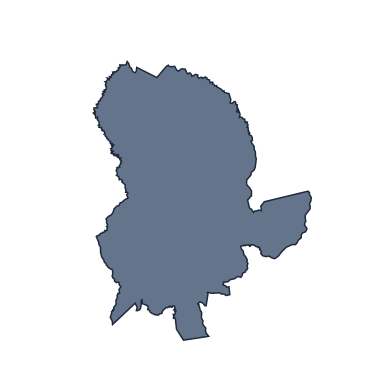 Cáceres, Mato Grosso, Brazil, rotated 164°
{"feature_id": "56859067B84313432178325", "entity_name": "Cáceres", "entity_type": "district", "adm_level": 2, "iso_a3": "BRA", "parent_name": "Brazil", "parent_adm1": "Mato Grosso", "projection": "mercator", "projection_center": [-57.734, -16.54], "detail": "fine", "context": "isolated", "style": "filled", "palette": "slate", "viewbox_px": 384, "rotation_deg": 164, "n_neighbors": 0, "source": "geoboundaries", "source_scale": "gbopen_adm2", "svg_char_len": 6058}
<svg xmlns="http://www.w3.org/2000/svg" viewBox="0 0 384 384"><g transform="rotate(164 192 192)"><path d="M218.4,335.3L220.3,332.6L222.8,332.7L223.7,333.5L224.7,333.1L226.2,334.2L226.6,333.6L226.4,332.1L228.1,331.7L227.5,330.4L228.7,331.3L229.3,329.5L230.7,329.4L231.2,328.5L233.6,328.9L233.2,328.4L234.7,327.8L235.3,328.5L235.4,326.9L237.1,326.9L237.9,324.8L239.4,325.6L239.2,324.6L240.3,323.6L241.0,323.6L241.3,324.7L242.0,325.0L240.9,322.9L242.3,323.3L244.2,321.8L245.2,321.9L244.4,320.5L245.8,318.8L245.3,318.2L245.8,317.2L245.4,315.8L246.1,314.6L248.4,314.2L248.5,313.6L247.6,313.0L248.2,312.1L248.8,311.9L248.6,312.7L249.7,313.0L249.4,312.0L251.3,310.9L250.4,309.7L251.1,309.7L252.1,307.8L254.4,306.7L254.8,305.2L255.7,305.4L257.3,304.4L257.6,302.3L259.7,302.8L260.0,302.0L259.5,301.0L259.5,299.1L263.1,299.8L263.6,297.9L262.7,296.1L265.0,295.3L265.0,294.9L263.2,294.4L263.3,293.9L264.4,293.9L263.8,292.8L264.1,289.7L262.1,290.0L262.0,289.5L263.1,288.1L262.0,284.8L262.5,282.9L263.7,281.8L262.6,281.2L263.6,279.9L261.2,278.8L261.7,277.7L261.2,277.0L261.7,276.4L260.9,275.3L260.0,275.4L259.5,272.4L260.6,271.6L259.8,271.0L259.8,269.4L258.9,268.4L259.2,267.0L258.2,266.3L258.2,265.1L256.3,262.6L257.2,261.7L256.5,260.5L256.5,259.1L255.0,261.0L255.4,258.6L254.5,258.6L256.5,256.5L258.1,256.1L257.6,255.6L258.3,254.3L256.8,253.6L256.5,252.8L258.7,252.6L259.0,251.4L258.6,251.1L258.7,251.9L257.8,252.1L257.5,250.3L256.0,249.9L257.0,248.9L256.7,248.4L255.7,248.7L255.0,247.4L254.5,247.3L253.7,248.7L252.6,248.2L252.4,247.9L253.9,247.3L254.0,246.2L253.7,245.6L253.2,245.8L252.8,247.1L252.6,244.4L251.0,244.1L252.4,242.9L251.2,241.7L252.0,240.7L251.7,239.8L252.7,239.6L253.1,238.2L254.5,237.6L254.7,235.8L256.1,236.3L257.4,236.1L257.1,235.2L257.6,235.3L259.0,233.4L258.5,230.8L259.3,229.1L260.0,228.9L258.2,226.7L258.5,223.8L257.3,224.0L255.6,222.3L256.7,221.1L254.2,217.3L255.2,214.6L254.9,212.1L255.9,210.1L254.2,209.5L253.9,208.5L255.6,207.4L255.1,204.0L259.3,202.9L262.6,201.2L263.9,201.5L265.9,199.1L268.1,199.2L271.8,197.1L272.7,195.2L275.6,192.3L279.0,191.6L282.0,189.9L282.0,187.5L282.6,186.3L282.3,183.1L283.7,182.3L283.0,181.2L284.2,179.6L284.2,178.6L285.4,178.4L286.3,179.0L287.0,177.7L289.2,177.8L289.8,177.2L290.8,177.4L293.2,176.4L293.4,175.9L295.1,176.1L296.3,175.6L295.6,170.1L295.9,167.1L295.2,164.1L296.5,159.3L296.7,154.6L295.5,150.5L295.6,148.6L294.4,146.8L294.6,145.4L293.8,144.8L293.8,143.3L291.4,140.3L290.5,140.1L290.0,138.7L290.8,135.0L291.9,133.4L291.7,131.0L290.6,129.8L291.0,127.5L289.7,125.8L289.1,126.0L287.3,125.2L287.0,124.6L287.6,123.3L286.6,120.4L289.0,118.5L289.6,114.6L291.2,114.9L292.7,112.8L292.6,111.4L294.9,108.9L296.1,104.7L299.1,102.7L299.6,100.4L300.7,100.6L301.1,99.2L302.2,99.3L302.8,97.3L305.1,94.0L304.2,89.8L304.9,86.5L277.4,100.7L276.4,96.3L278.2,93.4L277.1,92.9L274.8,93.2L273.8,94.0L271.7,98.0L270.7,101.8L269.8,102.2L270.5,98.4L266.0,94.9L265.9,93.3L267.0,91.2L265.8,90.4L265.2,87.7L261.6,84.3L258.3,82.9L256.8,83.8L254.5,83.6L252.6,86.2L248.6,88.1L247.2,87.5L245.8,88.2L245.3,87.7L245.0,88.3L243.2,86.8L242.6,86.9L242.8,87.7L241.7,87.7L240.2,87.0L240.2,85.2L241.9,83.9L240.6,83.6L241.4,82.4L240.3,81.9L241.4,81.2L241.4,80.2L242.6,78.9L243.7,79.5L243.8,77.9L243.3,77.4L244.3,76.7L244.6,75.6L243.2,75.3L242.9,74.7L244.7,64.5L241.0,51.9L215.7,48.7L217.2,52.2L217.3,55.0L216.3,57.4L218.0,61.2L217.9,63.7L216.9,64.8L217.7,68.2L215.9,73.6L216.7,76.5L216.5,80.1L217.0,80.8L216.3,82.1L217.4,82.7L217.2,83.1L214.7,84.3L212.0,82.0L211.1,79.3L209.8,78.7L204.8,89.5L204.9,91.1L204.4,91.1L200.9,89.2L193.6,87.6L191.8,85.8L189.6,85.2L187.7,83.1L183.9,82.9L182.6,90.8L184.5,90.7L185.8,92.8L187.7,93.9L187.7,94.7L186.6,95.6L186.6,96.7L182.2,95.8L179.4,97.2L174.5,96.9L173.1,97.8L170.7,98.0L168.5,96.5L166.6,98.1L165.8,100.0L162.7,100.4L162.0,101.8L160.3,102.3L159.6,103.2L159.4,105.5L157.9,108.2L158.5,109.4L157.6,111.5L158.3,115.2L159.5,117.7L159.0,120.8L160.2,123.6L160.3,126.1L159.8,126.6L156.7,126.1L156.6,126.6L155.3,125.7L154.6,126.1L152.6,125.5L152.0,124.8L151.6,125.2L151.4,123.8L151.0,123.7L149.6,125.0L147.1,123.9L145.2,121.7L144.1,121.4L143.9,120.6L143.0,120.5L142.2,119.4L142.7,119.2L142.4,118.0L142.8,117.8L141.7,115.5L142.9,114.1L141.7,111.3L138.9,109.6L135.6,109.1L133.5,106.8L130.9,105.1L126.8,106.5L121.3,110.4L116.6,112.9L109.9,113.9L107.5,112.9L105.5,113.7L103.2,116.3L99.6,117.9L98.9,120.5L97.3,122.1L93.8,122.5L91.7,124.7L91.8,126.4L92.7,128.0L92.7,129.8L91.9,131.4L90.6,132.5L90.5,135.3L89.4,138.6L83.2,143.2L82.2,146.0L82.5,147.3L82.0,148.6L80.3,150.5L78.9,153.6L79.8,158.1L79.2,159.0L80.2,160.8L125.1,162.7L129.7,159.5L130.4,154.8L133.3,156.4L134.9,155.9L136.7,156.4L138.6,155.4L139.4,158.7L141.2,160.9L140.7,169.2L138.5,170.2L137.3,171.5L136.0,171.7L134.5,176.7L135.5,180.3L137.2,183.4L137.3,185.0L136.0,188.6L130.7,192.0L129.7,194.5L126.2,196.0L124.4,198.4L121.0,206.3L121.2,208.3L120.0,213.4L120.5,215.4L119.7,218.7L121.5,224.0L120.9,224.8L119.8,224.7L119.1,227.9L119.3,229.5L121.1,231.1L120.4,232.3L121.2,232.4L120.6,233.5L121.2,234.3L120.6,234.9L121.0,235.5L120.3,238.7L121.2,239.0L119.6,241.1L120.2,242.2L119.5,243.7L120.3,244.5L121.7,244.2L121.3,247.7L122.8,248.0L123.3,249.8L125.0,251.0L125.9,250.8L124.4,253.4L124.5,255.9L126.4,256.2L126.8,257.0L124.7,257.4L124.7,258.4L126.0,258.8L126.1,259.3L124.9,260.0L125.1,261.7L124.4,263.2L125.7,264.1L125.3,266.2L125.7,267.1L126.5,267.3L129.3,266.1L130.7,267.0L129.2,270.3L129.3,276.3L133.4,278.7L133.4,280.5L134.4,280.3L135.9,283.1L139.1,286.1L138.8,286.8L139.3,287.6L140.9,287.7L141.3,289.4L142.6,290.3L141.8,291.7L142.7,292.2L144.4,291.9L144.5,295.1L146.2,296.0L146.2,297.5L147.1,298.0L147.3,298.9L150.7,298.4L150.7,299.3L151.9,299.9L153.8,299.4L154.8,301.1L154.2,302.9L156.1,304.1L160.2,303.1L160.2,305.4L160.9,306.7L161.9,307.3L163.1,306.7L164.0,307.1L164.7,312.0L168.1,313.3L171.9,311.9L173.2,313.7L174.0,317.5L178.2,318.4L179.5,319.3L179.8,320.4L181.9,319.9L194.2,311.7L210.8,327.0L212.4,323.2L213.9,322.4L215.0,323.3L215.8,324.1L216.2,327.9L217.2,328.7L217.5,333.3L218.4,335.3Z" fill="#64748b" stroke="#1e293b" stroke-width="1.5"/></g></svg>